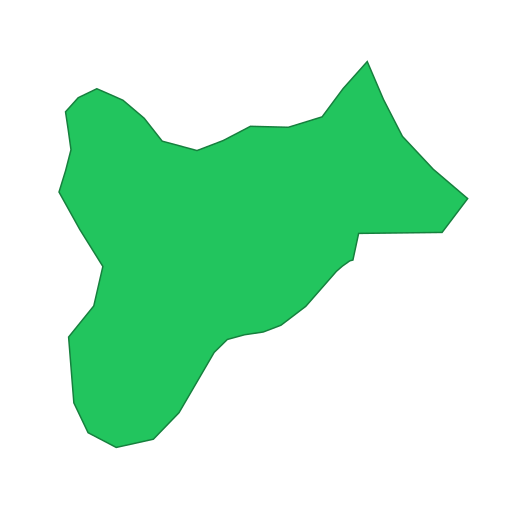 an SVG outline of Qubadli, rotated 276°
{"feature_id": "AZE-1736", "entity_name": "Qubadli", "entity_type": "District", "adm_level": 1, "iso_a3": "AZE", "parent_name": "Azerbaijan", "parent_adm1": "", "projection": "orthographic", "projection_center": [46.627, 39.307], "detail": "fine", "context": "isolated", "style": "filled", "palette": "green", "viewbox_px": 512, "rotation_deg": 276, "n_neighbors": 0, "source": "natural_earth", "source_scale": "10m", "svg_char_len": 693}
<svg xmlns="http://www.w3.org/2000/svg" viewBox="0 0 512 512"><g transform="rotate(276 256 256)"><path d="M262.1,352.8L261.0,349.8L255.0,343.0L249.2,337.6L211.2,310.8L189.8,288.1L181.2,271.2L176.5,252.9L170.0,236.2L155.8,224.5L92.1,195.8L63.1,173.1L51.0,137.0L62.7,107.5L90.9,90.2L155.8,78.1L189.4,99.9L229.6,104.8L264.1,77.9L299.0,53.4L320.8,57.7L342.3,60.9L360.9,56.3L379.5,51.5L394.9,62.7L401.0,72.6L405.7,80.2L402.9,89.1L397.0,107.4L381.3,130.4L360.4,150.7L354.7,186.3L367.4,211.3L384.4,236.9L387.4,274.7L401.3,307.2L431.7,325.2L461.0,346.3L425.0,366.4L390.3,389.1L360.8,423.2L335.2,460.5L298.9,438.6L289.2,355.7L262.1,352.8Z" fill="#22c55e" stroke="#15803d" stroke-width="1.5"/></g></svg>